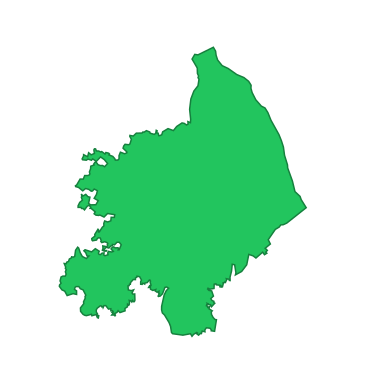 Nawabganj, Rajshahi, Bangladesh (Robinson projection), rotated 194°
{"feature_id": "16705992B76725860359822", "entity_name": "Nawabganj", "entity_type": "district", "adm_level": 2, "iso_a3": "BGD", "parent_name": "Bangladesh", "parent_adm1": "Rajshahi", "projection": "robinson", "projection_center": [88.409, 24.691], "detail": "fine", "context": "isolated", "style": "filled", "palette": "green", "viewbox_px": 384, "rotation_deg": 194, "n_neighbors": 0, "source": "geoboundaries", "source_scale": "gbopen_adm2", "svg_char_len": 5972}
<svg xmlns="http://www.w3.org/2000/svg" viewBox="0 0 384 384"><g transform="rotate(194 192 192)"><path d="M253.4,47.2L252.4,47.1L252.6,49.5L255.2,49.9L254.4,51.0L255.8,52.4L256.4,54.5L255.8,56.4L253.4,59.4L252.5,59.5L251.7,58.7L250.9,59.3L250.3,58.3L249.9,60.5L248.2,60.9L244.7,58.2L242.5,59.1L242.0,57.1L240.5,57.6L239.7,57.0L240.5,55.9L239.2,55.6L240.1,53.2L238.3,53.8L236.8,53.2L236.5,53.9L237.6,55.2L235.7,57.0L235.0,59.0L232.7,57.6L228.2,60.5L228.9,62.8L226.9,64.9L227.4,67.5L226.1,66.8L225.7,67.3L226.0,70.3L226.7,71.6L225.1,71.6L223.8,70.7L223.5,72.4L222.2,71.4L221.4,71.7L221.2,73.2L222.9,79.2L224.6,78.6L225.8,79.5L225.0,82.9L227.1,81.6L230.1,81.6L231.4,85.4L230.4,85.9L230.3,87.4L229.5,87.6L229.7,89.3L227.8,92.9L225.7,93.3L226.1,95.0L224.9,96.0L225.1,96.9L224.3,97.1L222.3,97.1L219.8,94.4L220.1,92.5L219.5,90.1L218.0,90.3L217.7,91.6L215.6,91.2L215.7,92.2L213.5,93.3L212.2,96.1L211.6,96.4L210.7,95.5L210.9,94.6L209.2,91.6L209.4,90.7L210.4,90.9L211.0,88.9L209.3,89.3L208.7,87.6L206.2,87.0L203.6,88.6L203.8,87.1L201.6,86.3L200.1,87.7L199.9,85.8L199.1,85.7L199.7,82.8L199.3,82.5L197.7,83.3L196.0,86.1L195.2,92.9L193.6,93.7L191.4,93.0L193.1,90.0L194.1,85.3L193.8,73.7L193.0,70.3L191.5,67.5L188.9,66.0L182.7,59.8L180.3,56.4L177.9,50.7L176.5,49.8L166.2,50.9L159.2,54.1L157.1,52.0L156.0,54.3L153.4,56.9L152.6,56.5L153.2,55.6L151.0,54.7L149.5,56.9L148.6,56.9L148.5,59.5L145.6,59.5L146.2,61.3L145.2,63.7L141.6,64.2L139.9,62.9L139.8,62.0L136.4,62.3L137.4,74.0L139.0,73.9L141.3,75.5L143.5,78.0L144.3,80.5L143.6,81.6L147.3,82.8L147.2,85.1L148.8,83.8L149.5,85.0L150.5,85.1L150.5,86.3L149.8,87.0L150.3,87.6L149.2,87.5L148.9,86.7L146.7,87.2L145.3,85.4L143.0,89.6L144.2,90.1L144.3,91.2L146.4,91.6L148.0,93.1L146.0,96.2L149.0,100.8L151.8,100.6L153.4,101.6L153.2,102.5L151.0,102.1L147.3,103.7L148.2,107.9L146.6,108.7L146.0,107.8L142.2,108.3L142.0,106.1L142.0,107.9L140.4,107.8L140.4,106.9L139.5,107.3L139.5,111.3L140.5,111.3L137.8,112.2L138.1,112.9L137.6,112.9L137.1,115.3L137.7,116.2L134.8,116.3L134.4,115.2L133.6,115.3L134.5,118.5L134.5,124.9L135.5,131.6L133.0,131.7L129.8,124.1L129.8,122.1L124.6,126.9L121.3,134.6L121.8,145.2L117.2,144.8L114.0,143.4L108.9,150.7L106.5,148.7L104.6,150.7L105.9,151.4L104.8,153.6L107.4,155.1L103.4,160.5L106.5,164.2L102.1,175.9L98.9,179.1L97.9,181.6L95.6,182.3L92.5,184.8L77.4,204.4L84.2,211.0L86.1,213.9L92.2,217.3L97.2,226.9L105.0,238.5L105.9,241.4L111.1,250.0L114.2,257.8L117.6,263.3L121.5,268.7L132.8,280.8L137.5,287.3L141.5,291.2L145.5,292.1L152.4,296.9L157.7,303.0L159.9,306.9L160.5,309.9L163.8,313.1L169.3,315.6L177.0,316.8L186.8,320.6L193.3,321.9L199.0,326.2L201.7,330.5L203.2,334.4L206.3,337.6L219.4,326.5L222.6,326.2L224.1,321.0L216.9,313.6L215.4,308.3L213.7,306.2L213.8,304.4L212.5,303.1L211.9,296.5L214.6,290.4L215.6,282.0L214.3,271.6L210.9,262.3L210.3,258.9L213.0,259.3L212.2,257.0L213.5,255.7L216.1,256.7L218.4,256.6L222.7,251.9L224.9,247.1L230.6,247.7L235.0,243.3L235.2,240.2L237.1,238.8L237.9,238.6L239.1,240.9L240.8,240.9L240.6,242.9L241.6,243.2L241.4,240.2L242.5,238.8L246.8,238.9L247.5,240.0L251.1,240.5L253.0,238.4L254.1,238.4L254.8,237.1L260.3,235.6L262.5,232.1L265.9,231.9L265.8,230.9L263.6,228.5L263.8,224.2L264.1,223.1L265.1,222.5L268.5,222.1L269.4,220.1L269.5,217.8L265.0,215.2L264.7,214.3L266.6,212.8L271.1,213.3L271.6,209.6L270.8,206.6L271.7,205.0L274.1,204.4L275.0,205.7L277.5,207.4L281.6,207.9L281.3,208.9L282.2,209.5L285.1,209.5L285.6,207.8L289.4,209.4L290.2,208.7L292.4,209.2L294.7,208.7L296.0,210.5L297.1,210.3L297.4,209.1L296.0,205.8L298.8,203.7L301.8,205.1L301.8,201.0L306.2,202.0L305.9,200.7L306.6,197.5L306.0,196.8L302.2,197.3L300.9,198.8L297.2,198.5L296.4,200.1L292.2,198.6L289.2,203.9L284.9,202.2L280.8,199.2L282.9,195.4L285.3,196.1L287.2,195.5L289.7,195.7L292.1,197.7L293.4,197.3L294.1,195.3L293.5,194.6L296.5,192.5L296.0,190.0L296.4,186.6L295.5,185.0L295.6,183.9L297.0,182.8L300.1,182.0L300.6,178.2L303.7,177.5L305.6,170.9L306.6,169.8L306.2,169.1L303.2,169.0L298.3,166.7L296.1,169.6L292.8,169.6L290.0,168.4L288.8,168.9L287.6,171.2L284.1,170.4L284.1,166.5L285.4,162.2L280.9,160.9L282.2,156.4L287.2,155.0L289.6,155.9L289.8,162.3L291.9,162.3L294.5,164.0L296.9,161.7L298.9,163.3L297.9,161.3L298.1,160.1L296.4,157.5L298.4,154.8L299.2,151.1L298.8,149.5L296.0,150.2L295.2,149.3L293.5,149.6L292.0,148.6L290.2,152.9L288.6,154.2L286.5,152.8L286.9,151.5L286.0,151.7L281.1,149.3L281.7,147.2L279.6,146.3L276.8,146.7L275.9,147.4L271.3,146.4L268.7,150.7L261.5,151.3L261.2,148.6L264.3,147.9L263.8,144.4L266.6,142.5L269.7,142.8L270.0,140.2L269.3,137.8L270.5,136.1L272.3,130.8L273.0,130.6L273.5,132.6L274.2,133.1L276.1,127.3L275.5,125.8L278.0,122.6L277.5,121.2L276.7,120.6L273.0,122.3L272.6,124.0L271.4,125.1L269.8,125.1L268.3,122.7L268.5,121.9L267.3,121.1L264.5,122.7L261.9,122.2L261.2,121.6L261.5,120.6L260.8,119.4L261.6,118.3L265.5,118.1L264.7,115.7L264.9,113.8L262.8,113.4L260.7,114.0L260.7,114.5L262.8,114.0L263.7,114.5L261.9,117.6L259.1,117.5L257.4,120.3L256.3,120.8L256.5,121.9L254.4,122.0L252.6,125.1L250.4,125.6L247.9,123.7L248.7,118.3L249.6,118.0L249.5,119.6L250.4,120.0L252.9,119.2L254.7,119.8L256.0,119.0L256.8,117.2L254.0,115.3L255.6,114.3L258.7,114.2L259.0,112.6L258.3,110.8L261.1,109.1L262.4,109.6L262.6,111.6L264.5,110.9L265.7,109.1L267.1,109.0L268.0,110.0L267.7,112.1L272.1,113.6L274.9,109.6L281.8,110.1L282.7,108.8L280.5,107.5L278.4,104.6L276.6,104.9L278.4,101.9L282.8,102.9L285.8,106.1L288.4,110.2L289.6,110.8L290.9,107.3L290.2,101.1L291.4,100.1L293.1,100.0L293.1,98.9L294.8,97.3L295.0,94.7L296.5,93.7L296.7,92.0L298.7,91.7L296.4,88.6L296.4,87.2L295.2,86.2L295.6,84.0L294.2,81.8L294.7,79.6L296.9,79.2L298.5,77.9L298.5,73.8L297.0,71.8L298.0,69.8L297.9,68.4L294.6,65.6L291.5,65.0L288.1,61.3L282.8,64.6L279.2,64.7L280.1,68.2L282.5,69.1L282.4,71.2L281.7,72.1L279.0,72.9L276.9,71.1L274.0,70.7L270.1,66.2L270.5,64.6L269.9,63.2L270.7,59.2L270.0,57.5L272.2,52.5L271.2,49.2L268.1,46.9L266.1,46.4L264.5,46.5L260.0,49.0L259.2,47.7L255.4,49.9L253.4,47.2Z" fill="#22c55e" stroke="#15803d" stroke-width="1.5"/></g></svg>